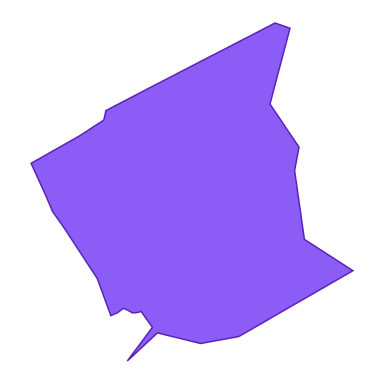 the district of San Antonio Acutla, Oaxaca, Mexico
{"feature_id": "50627088B20203637446703", "entity_name": "San Antonio Acutla", "entity_type": "district", "adm_level": 2, "iso_a3": "MEX", "parent_name": "Mexico", "parent_adm1": "Oaxaca", "projection": "mercator", "projection_center": [-97.495, 17.744], "detail": "fine", "context": "isolated", "style": "filled", "palette": "violet", "viewbox_px": 384, "rotation_deg": 0, "n_neighbors": 0, "source": "geoboundaries", "source_scale": "gbopen_adm2", "svg_char_len": 991}
<svg xmlns="http://www.w3.org/2000/svg" viewBox="0 0 384 384"><path d="M290.0,28.3L275.0,23.0L245.7,38.2L241.2,40.5L234.2,44.1L233.0,44.7L230.8,45.9L203.1,60.1L198.0,62.8L191.2,66.3L185.1,69.5L180.5,71.8L169.8,77.4L155.0,85.0L151.5,86.9L147.1,89.1L145.9,89.8L137.7,94.0L136.8,94.5L106.0,110.5L103.8,120.1L93.0,127.0L91.6,128.0L79.1,136.1L31.1,163.3L46.1,196.2L52.6,211.6L64.2,228.0L97.3,278.6L102.6,293.1L110.8,315.6L117.3,312.9L123.5,308.3L127.7,310.2L132.5,312.9L135.5,312.8L138.8,312.2L141.0,311.3L145.5,317.6L152.4,327.4L149.3,331.5L141.3,342.3L132.9,353.5L127.3,361.0L157.4,332.9L200.6,343.5L238.8,336.5L239.3,336.2L239.7,336.0L269.9,318.6L272.8,316.9L275.5,315.3L276.8,314.6L279.3,313.1L281.4,311.9L282.4,311.3L283.7,310.6L288.6,307.8L291.9,305.9L295.5,303.8L352.9,270.7L304.4,239.4L301.7,220.7L301.2,216.9L300.6,212.4L299.8,207.1L294.6,170.6L299.0,147.1L286.4,128.5L279.0,117.4L275.8,112.7L270.0,104.1L274.5,86.8L290.0,28.3Z" fill="#8b5cf6" stroke="#5b21b6" stroke-width="1.5"/></svg>